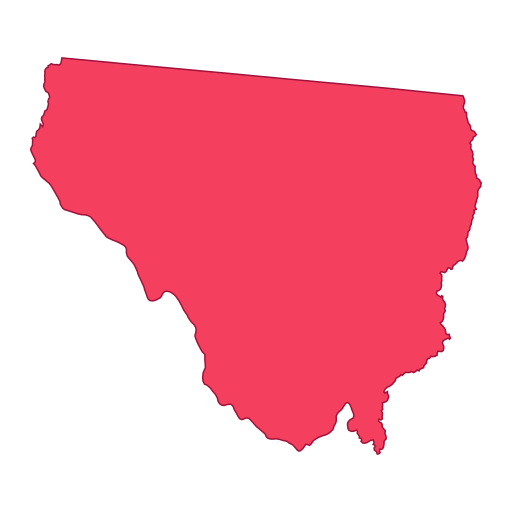 outline of Novo Mundo, Mato Grosso, Brazil
{"feature_id": "56859067B63599343869059", "entity_name": "Novo Mundo", "entity_type": "district", "adm_level": 2, "iso_a3": "BRA", "parent_name": "Brazil", "parent_adm1": "Mato Grosso", "projection": "robinson", "projection_center": [-55.354, -9.812], "detail": "fine", "context": "isolated", "style": "filled", "palette": "rose", "viewbox_px": 512, "rotation_deg": 0, "n_neighbors": 0, "source": "geoboundaries", "source_scale": "gbopen_adm2", "svg_char_len": 6014}
<svg xmlns="http://www.w3.org/2000/svg" viewBox="0 0 512 512"><path d="M61.9,57.9L61.0,63.1L59.4,65.0L57.2,64.6L54.8,64.7L53.1,64.4L51.1,63.7L50.1,64.8L48.1,65.7L48.2,67.3L46.5,67.8L45.1,69.9L44.8,71.5L45.0,73.7L44.6,75.7L44.9,77.3L44.7,79.7L45.0,81.5L43.9,84.3L43.6,86.3L44.3,88.3L45.9,91.5L48.2,92.6L49.1,94.9L49.7,97.0L48.4,99.6L47.9,101.6L48.5,103.7L48.2,105.4L47.6,107.7L46.9,109.7L44.8,111.1L44.3,113.0L43.6,115.2L41.8,117.2L41.4,119.1L42.0,121.0L43.1,123.5L43.3,125.2L42.6,126.7L40.3,124.1L40.1,125.8L39.6,128.2L38.6,129.7L36.7,131.3L36.1,133.8L35.9,136.1L35.2,137.5L33.4,137.1L32.2,138.3L32.7,140.1L32.4,145.5L31.1,147.9L30.7,149.4L31.3,151.5L33.0,155.1L33.8,156.8L35.4,160.0L35.0,162.3L33.5,163.5L35.3,165.5L39.4,172.9L40.7,175.8L42.3,177.6L46.7,181.2L49.3,183.4L51.1,185.8L52.8,188.5L57.8,197.3L59.2,199.9L60.0,201.8L60.3,204.1L61.4,206.1L62.8,208.3L64.6,209.6L70.4,211.4L77.9,213.9L81.2,214.6L86.2,215.0L88.5,215.8L90.7,217.0L94.8,221.7L97.5,225.2L100.5,229.4L105.6,235.8L107.0,237.2L108.9,238.3L113.1,240.2L115.8,241.2L117.9,242.1L122.5,244.5L123.8,245.4L124.9,246.3L126.1,247.8L126.5,250.1L126.3,252.5L127.4,256.3L128.9,258.2L132.6,262.5L134.0,264.4L136.6,269.7L137.5,272.0L138.0,273.9L138.8,275.9L140.4,279.1L143.8,286.5L144.6,289.4L147.5,297.7L148.3,299.2L149.7,300.5L151.1,300.7L152.9,300.9L155.5,300.2L158.1,298.9L160.5,297.6L161.7,295.8L162.2,294.4L163.2,292.9L164.3,291.9L166.0,291.2L167.9,291.4L170.4,292.0L174.3,294.7L176.1,296.7L179.0,300.8L181.6,305.6L183.7,310.0L187.2,315.1L188.0,317.1L189.3,319.2L191.2,321.8L194.1,324.7L195.0,326.2L195.9,328.0L196.1,330.2L195.7,332.9L195.2,334.3L195.0,335.9L195.4,337.7L197.6,343.1L200.7,349.1L202.3,351.8L204.9,354.5L204.9,360.7L205.2,363.4L205.4,367.7L204.3,370.0L203.1,372.9L202.7,377.7L203.1,381.4L204.5,384.2L206.9,385.0L210.6,388.3L212.4,390.9L215.4,394.4L216.4,396.1L217.5,398.4L217.9,400.7L218.7,402.3L219.8,403.9L221.8,405.2L224.1,405.5L225.9,404.9L228.4,404.3L230.7,404.2L232.7,405.6L233.6,407.7L234.2,409.5L236.3,413.0L237.6,415.5L239.2,418.1L240.2,419.0L241.8,419.6L243.5,419.1L245.1,418.3L246.9,417.9L249.2,418.6L253.4,423.0L255.2,425.2L256.6,426.7L261.4,430.7L262.5,431.7L264.1,433.0L265.5,434.5L266.2,436.6L267.3,437.9L268.7,438.5L270.4,439.0L272.0,439.1L273.9,439.0L276.1,438.8L277.5,439.0L278.9,439.2L281.3,439.9L283.1,440.5L284.9,440.8L287.1,441.4L289.3,443.2L291.4,444.2L293.1,445.1L297.5,450.3L298.9,451.1L300.2,450.8L302.3,449.1L303.8,447.3L304.7,445.9L305.7,444.5L307.4,444.5L309.5,445.4L311.5,443.6L312.4,441.9L313.5,440.6L314.8,439.6L318.4,437.4L323.1,435.5L324.9,435.1L326.1,434.7L327.5,434.0L329.3,432.9L332.6,429.9L333.5,428.2L334.0,426.0L335.2,423.9L336.0,422.1L336.3,419.9L336.2,417.8L336.2,416.2L337.1,414.1L338.5,412.2L340.9,410.2L342.0,409.0L344.4,405.1L345.7,403.3L347.4,402.5L349.0,403.4L350.1,405.0L351.0,407.0L351.8,409.5L353.5,413.6L353.8,416.0L353.2,418.0L350.1,419.7L348.6,421.2L347.6,423.0L347.5,424.8L348.0,428.6L348.9,430.3L351.4,431.4L353.6,431.2L355.0,430.8L356.3,430.1L357.5,430.9L357.2,433.0L358.1,434.5L359.3,436.2L359.3,438.1L361.2,438.3L361.6,440.1L361.0,441.4L362.9,443.1L364.6,443.2L366.0,442.9L368.8,441.5L370.7,440.3L373.2,439.9L373.6,441.4L374.1,442.7L373.1,444.5L374.5,444.9L375.4,446.2L374.0,448.0L374.4,450.2L376.4,451.6L377.3,454.1L378.7,453.9L380.2,452.6L379.5,451.1L379.7,449.3L382.0,449.2L383.3,447.7L384.0,444.4L384.1,441.1L386.2,438.8L386.0,436.3L385.0,433.5L385.3,430.6L383.3,428.4L382.1,426.7L382.2,424.5L381.4,423.0L379.7,422.1L378.5,421.1L379.0,419.1L381.0,420.0L382.4,418.9L382.1,416.6L382.5,414.7L382.4,412.8L381.3,410.7L382.8,409.3L382.3,407.0L382.8,405.2L382.3,402.9L385.9,401.7L387.3,400.6L388.8,396.9L388.4,395.4L387.6,394.1L387.4,391.6L385.0,393.1L383.8,391.9L385.2,389.2L386.6,387.7L388.3,386.7L389.7,386.1L391.9,384.6L394.0,382.3L395.4,380.6L395.7,378.7L397.0,377.6L399.9,376.1L400.8,374.6L402.3,375.4L404.4,373.3L406.0,372.3L407.8,372.5L409.7,372.5L411.5,371.5L413.4,372.6L415.4,371.7L417.0,370.0L419.1,370.9L419.9,369.2L421.9,368.5L423.6,367.7L423.8,366.2L424.8,364.6L426.4,363.2L426.7,360.7L427.7,358.7L429.6,358.4L430.6,356.3L432.9,356.7L435.3,356.2L437.2,355.1L437.1,353.2L438.0,351.2L439.8,351.5L441.6,351.6L443.2,350.6L443.7,348.4L443.7,346.2L443.0,344.8L442.4,342.6L443.3,340.6L445.8,339.2L448.2,338.1L449.5,339.3L450.5,338.0L449.5,336.1L449.2,334.3L447.6,334.6L446.0,333.7L445.7,331.6L445.3,329.9L444.6,328.3L443.5,327.0L442.5,325.6L441.0,324.4L440.3,322.7L441.9,321.8L443.0,320.1L443.6,317.9L443.7,313.4L445.3,311.0L444.7,308.4L445.5,306.0L445.4,304.1L444.5,301.8L443.5,300.9L442.6,298.9L442.8,296.4L441.6,295.7L441.0,297.2L439.1,295.9L437.6,295.1L436.4,293.3L437.0,291.1L438.6,290.6L440.2,289.4L441.1,287.8L441.4,286.2L441.5,284.6L441.1,283.1L441.8,281.0L441.6,279.1L441.8,276.9L441.6,274.6L440.0,273.1L441.2,271.6L443.1,272.2L444.8,272.6L446.2,271.3L447.2,269.6L447.9,268.0L449.5,267.9L450.9,269.3L452.3,269.0L452.7,267.2L453.4,265.5L454.7,264.6L456.0,263.5L457.4,261.9L459.4,260.7L460.7,260.4L462.6,261.1L464.4,258.8L465.6,255.9L466.8,251.1L467.9,249.1L468.0,246.6L467.2,244.1L466.8,242.3L466.1,239.9L466.1,238.4L467.4,236.9L467.8,235.3L468.0,231.9L469.7,229.9L470.1,226.4L471.0,225.1L471.3,223.6L471.9,220.0L473.1,217.7L472.8,215.6L474.0,213.7L474.4,212.3L474.0,210.3L476.3,209.3L474.9,206.5L475.5,204.1L476.0,202.5L476.4,200.8L477.8,196.2L477.8,191.1L478.4,189.5L479.4,188.1L480.9,186.2L480.8,184.6L481.3,182.9L480.1,181.8L479.8,180.3L478.5,179.1L476.7,178.1L476.6,176.1L476.2,174.6L475.3,173.3L475.2,171.3L475.0,169.6L475.0,168.0L475.2,166.5L473.1,164.0L472.7,162.0L473.5,159.4L472.6,157.1L473.0,154.3L472.4,151.5L471.0,149.3L470.8,147.7L471.0,144.3L469.7,143.2L470.9,141.2L472.7,139.6L473.5,136.9L474.8,136.4L476.3,134.6L475.3,133.0L474.0,131.3L472.2,130.7L470.8,129.5L470.5,126.7L470.0,125.1L468.5,123.3L467.8,121.3L467.4,119.1L466.8,117.6L466.4,112.3L465.1,112.2L464.5,110.1L463.5,108.9L463.3,106.6L464.8,101.4L464.3,99.8L463.7,97.6L462.9,95.8L390.5,88.5L286.5,78.9L236.1,74.1L130.9,64.4L61.9,57.9Z" fill="#f43f5e" stroke="#9f1239" stroke-width="1.5"/></svg>